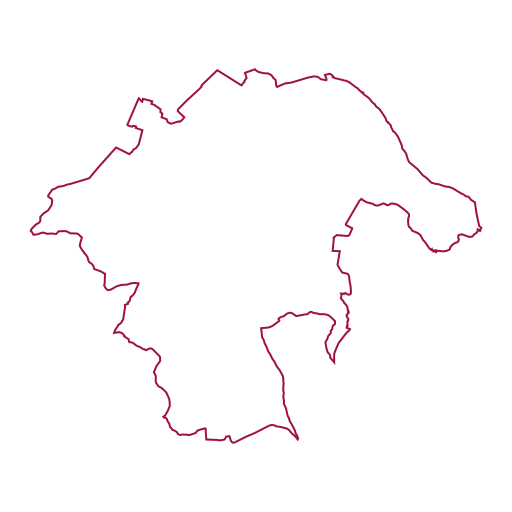 outline of Babadag, Tulcea, Romania
{"feature_id": "2599482B29104749782755", "entity_name": "Babadag", "entity_type": "district", "adm_level": 2, "iso_a3": "ROU", "parent_name": "Romania", "parent_adm1": "Tulcea", "projection": "natural_earth1", "projection_center": [28.737, 44.879], "detail": "fine", "context": "isolated", "style": "outline", "palette": "rose", "viewbox_px": 512, "rotation_deg": 0, "n_neighbors": 0, "source": "geoboundaries", "source_scale": "gbopen_adm2", "svg_char_len": 6017}
<svg xmlns="http://www.w3.org/2000/svg" viewBox="0 0 512 512"><path d="M297.6,439.4L298.1,438.4L297.1,435.7L295.4,432.8L295.1,431.0L293.0,426.6L290.0,421.5L289.0,418.8L288.9,417.7L288.3,417.2L287.5,415.2L286.0,408.3L283.9,403.8L284.0,401.2L283.3,396.8L283.8,392.7L283.2,390.5L283.4,385.0L283.8,383.5L283.2,381.6L283.4,380.3L283.0,376.3L279.6,370.1L276.6,366.1L274.4,361.4L272.7,359.4L269.9,353.8L268.3,351.5L266.5,346.8L264.6,343.2L263.8,340.1L262.1,337.2L261.2,328.2L268.6,327.5L272.4,326.0L279.0,321.1L279.4,320.4L278.5,319.1L278.8,318.4L280.6,317.2L284.0,316.1L286.9,313.7L289.3,312.8L290.8,312.8L292.3,313.3L296.2,316.1L300.5,315.2L301.8,315.2L303.7,314.6L307.5,314.2L309.7,312.2L311.2,311.8L313.5,312.9L317.5,313.5L319.5,314.2L324.5,314.2L328.2,315.1L330.5,316.7L335.0,321.1L335.1,323.4L334.7,324.4L332.8,325.8L332.2,329.1L330.8,330.8L330.7,333.2L328.0,336.3L327.7,338.1L325.4,342.4L326.5,348.5L327.5,351.8L328.0,352.7L329.3,353.9L330.0,355.1L330.3,356.5L330.1,357.5L334.2,362.3L334.1,355.8L334.5,352.6L338.5,343.2L346.0,333.4L348.9,330.7L350.0,329.2L346.6,327.7L347.1,325.7L347.6,325.7L347.4,321.6L347.8,320.6L348.2,320.6L348.4,318.8L346.7,316.7L346.7,314.9L347.3,314.8L347.9,312.9L348.7,312.7L348.4,310.9L348.0,311.0L347.2,306.6L345.8,304.5L344.0,302.7L343.3,301.1L340.9,298.4L341.6,294.9L341.0,293.5L342.9,293.5L343.9,294.0L345.3,293.0L347.5,294.4L348.7,294.7L350.4,294.2L351.0,292.7L350.5,285.1L350.1,284.4L349.0,276.0L348.0,274.1L347.3,273.7L342.3,272.6L339.7,268.8L337.5,264.7L339.8,251.2L332.8,250.9L333.0,250.5L332.8,249.8L332.9,248.3L333.8,239.1L333.5,237.8L336.7,235.1L347.7,236.0L349.2,235.2L352.2,228.8L352.2,228.3L346.0,225.0L345.8,224.6L345.9,224.0L359.5,200.7L361.5,198.9L363.2,200.3L366.7,202.3L372.8,203.8L374.5,205.1L376.8,205.6L378.7,205.3L383.3,203.4L385.0,203.9L387.0,205.2L388.5,205.1L390.9,203.7L392.3,203.5L394.0,203.7L395.5,204.3L396.5,204.2L398.5,205.4L405.9,210.9L409.0,214.1L409.1,215.9L408.1,219.0L408.4,220.2L408.0,220.8L408.4,225.1L409.0,226.8L410.9,228.4L412.2,230.7L418.1,233.2L419.8,234.6L420.9,235.9L422.9,239.7L425.7,243.0L429.4,248.5L430.7,249.5L431.6,249.1L431.2,250.8L431.8,250.1L433.5,250.4L433.3,251.6L433.7,252.3L433.5,251.6L434.1,250.7L435.9,250.2L436.1,250.5L435.6,251.8L435.9,252.2L437.5,250.7L443.2,251.4L446.7,250.8L449.4,249.6L449.8,249.3L450.3,247.4L452.1,245.0L454.6,243.3L457.3,242.2L458.2,241.4L459.0,239.6L458.3,238.2L458.2,236.0L458.9,235.0L462.0,234.3L468.4,236.7L471.7,236.8L473.1,235.8L474.5,234.0L475.8,233.4L477.1,232.1L477.5,231.3L477.7,229.3L479.9,230.1L479.8,230.9L480.2,230.9L480.3,229.9L481.3,227.9L479.2,226.0L476.6,214.1L474.9,202.3L471.1,199.9L468.7,196.9L465.8,196.2L463.4,194.4L461.3,193.5L452.5,188.2L449.0,186.9L445.2,186.5L438.5,184.2L435.3,183.8L431.3,182.6L426.5,177.9L422.7,175.2L417.4,169.0L409.3,162.3L407.8,159.4L406.2,153.8L404.4,150.9L402.5,149.0L402.2,148.1L401.8,145.5L398.1,136.9L394.7,132.2L393.0,131.2L392.4,129.4L391.3,127.7L390.8,125.5L389.2,123.5L388.1,122.9L388.0,122.1L386.5,121.2L385.8,118.6L382.0,112.6L379.2,108.8L376.1,106.5L375.0,104.5L372.4,102.4L368.8,98.0L362.6,93.4L362.5,92.9L362.9,92.5L361.3,92.0L360.6,91.1L359.5,90.5L357.6,88.2L356.2,87.5L349.5,82.4L347.8,81.7L346.5,80.8L343.7,80.4L342.9,80.0L334.7,78.1L333.9,77.5L332.8,77.3L333.2,76.5L332.8,75.9L330.4,74.0L329.5,73.8L324.9,75.0L326.5,78.7L326.3,80.2L320.8,79.2L317.8,76.8L313.8,76.4L308.3,77.5L291.3,82.6L284.8,83.5L277.2,86.9L276.7,86.7L276.3,85.8L275.6,79.9L273.4,78.0L271.5,75.2L268.2,73.5L263.8,73.2L258.6,72.0L255.9,70.4L255.1,69.3L245.0,72.8L246.6,78.1L244.4,80.8L244.6,81.8L243.5,82.7L241.5,85.4L217.4,70.3L216.9,70.6L201.7,85.2L201.5,85.7L201.7,86.3L199.9,88.5L186.5,100.8L178.1,109.3L177.8,111.1L184.3,117.3L181.8,120.4L179.3,121.9L178.5,121.4L171.4,123.7L169.4,123.1L167.7,122.1L166.6,119.2L161.6,117.3L162.4,113.7L160.3,112.0L160.5,111.3L160.5,109.3L154.3,104.9L151.4,103.8L152.2,101.3L143.0,98.8L142.2,101.8L141.9,101.7L138.9,98.3L138.1,99.7L127.4,124.7L127.9,125.4L131.1,126.5L132.5,126.5L133.0,125.8L135.8,126.3L136.1,126.5L135.7,127.9L142.4,130.2L138.8,144.3L135.9,148.2L133.3,149.7L132.2,151.8L130.8,152.7L129.4,154.2L116.1,147.5L97.6,168.2L89.3,178.2L70.5,183.9L67.1,184.6L63.4,186.0L58.1,186.8L55.1,188.6L52.3,189.6L48.3,195.3L48.2,196.7L51.6,198.9L52.3,200.8L51.9,202.7L51.9,203.8L51.4,205.4L48.1,210.4L43.6,213.4L40.6,216.6L40.2,217.3L40.5,218.1L40.2,219.3L40.4,220.4L39.7,222.1L38.1,223.4L37.2,223.6L34.6,225.8L31.3,229.2L31.3,229.8L30.7,230.8L32.1,232.3L33.5,234.8L37.3,234.3L42.8,232.5L47.4,233.8L51.7,233.5L56.1,234.0L58.7,231.3L64.8,231.1L66.7,231.4L70.3,233.3L76.6,233.5L78.2,234.0L81.9,237.5L80.0,244.0L79.9,246.1L82.1,250.1L83.8,252.0L84.3,253.1L85.9,254.7L87.3,256.8L88.8,261.7L92.2,264.3L93.5,266.2L94.3,269.1L100.4,271.2L105.0,273.8L104.7,282.7L104.2,285.5L105.4,287.8L107.1,289.8L108.0,290.1L110.6,289.7L116.8,286.2L121.6,284.9L127.1,284.6L131.1,283.3L134.0,283.0L138.5,283.3L138.3,284.4L136.4,288.4L134.8,292.6L132.5,295.7L130.7,296.9L129.5,301.2L127.8,302.5L128.0,303.8L124.9,304.9L125.0,307.1L123.2,319.3L121.1,322.9L118.0,325.2L118.0,325.8L115.2,329.9L114.1,332.9L119.3,332.1L122.3,333.3L124.5,335.8L124.3,336.4L128.5,339.1L129.3,342.1L132.6,342.7L136.9,345.9L139.9,347.0L143.3,349.2L144.4,349.2L145.7,350.2L146.5,350.2L147.7,349.2L150.2,348.3L152.4,349.0L160.0,356.7L160.2,360.9L156.4,366.2L153.9,372.2L155.8,375.9L155.7,381.1L156.1,382.8L158.5,386.4L161.1,387.6L163.2,389.3L166.3,392.5L169.2,398.9L169.7,402.4L169.8,405.9L167.8,410.8L165.2,415.4L163.3,416.7L164.0,417.6L165.7,417.8L166.6,418.5L167.3,420.6L169.3,423.9L170.2,427.3L171.2,428.1L172.6,430.0L174.9,430.7L176.7,432.0L178.2,434.3L180.2,435.0L182.9,434.5L189.6,435.0L195.6,433.0L197.7,430.4L205.0,428.3L205.8,429.1L205.7,431.5L206.3,439.5L216.6,439.9L220.2,440.4L224.6,439.5L226.2,436.6L229.4,436.2L230.9,440.8L232.5,442.6L233.2,442.7L234.6,442.5L245.7,436.9L254.8,433.0L269.2,425.6L272.0,424.9L275.3,425.6L275.9,426.3L279.9,426.8L286.4,428.4L287.8,429.1L289.2,430.2L291.8,433.4L295.2,436.3L297.6,439.4Z" fill="none" stroke="#9f1239" stroke-width="2"/></svg>